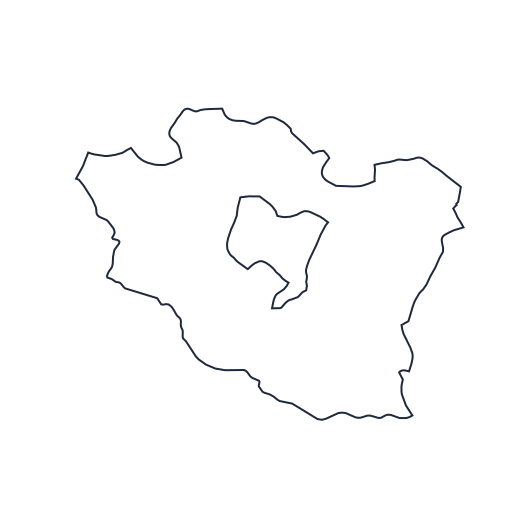 outline of Selenge, rotated 196°
{"feature_id": "MNG-3326", "entity_name": "Selenge", "entity_type": "Province", "adm_level": 1, "iso_a3": "MNG", "parent_name": "Mongolia", "parent_adm1": "", "projection": "mercator", "projection_center": [106.313, 49.491], "detail": "fine", "context": "isolated", "style": "outline", "palette": "slate", "viewbox_px": 512, "rotation_deg": 196, "n_neighbors": 0, "source": "natural_earth", "source_scale": "10m", "svg_char_len": 4306}
<svg xmlns="http://www.w3.org/2000/svg" viewBox="0 0 512 512"><g transform="rotate(196 256 256)"><path d="M151.9,116.2L180.5,124.1L193.4,123.1L195.9,123.8L200.3,125.7L204.9,126.8L209.8,126.8L212.3,127.3L217.3,131.4L217.7,132.4L217.7,133.7L217.8,135.1L218.1,136.2L218.8,136.9L226.1,137.8L228.5,138.9L232.2,141.8L234.1,142.8L236.2,143.1L254.2,137.7L264.2,136.6L274.1,137.8L282.4,140.7L286.3,143.0L299.9,154.8L303.3,156.6L304.2,158.0L305.6,163.3L306.3,164.7L308.2,166.8L308.8,167.8L309.4,169.3L310.2,172.7L311.0,174.2L312.2,175.3L315.0,176.7L316.3,177.6L320.9,182.1L323.4,184.0L326.5,185.3L329.2,185.0L331.6,183.7L333.8,183.4L339.3,188.2L372.9,188.8L374.3,189.5L374.8,189.8L378.2,192.2L380.1,192.9L383.0,192.5L384.1,192.6L388.4,194.1L392.9,194.3L393.8,195.8L393.4,199.5L392.7,201.9L391.9,203.9L391.4,206.1L391.6,209.1L393.2,215.9L393.7,221.2L393.7,223.0L393.1,224.7L391.1,230.1L391.1,231.9L392.2,232.9L394.4,233.2L398.1,232.9L399.3,234.0L398.5,237.1L398.3,239.4L399.3,241.6L400.8,243.4L407.6,248.4L409.5,249.4L417.1,250.4L419.6,251.5L420.9,252.9L421.7,254.7L422.4,256.7L423.3,258.6L428.6,265.1L441.4,276.4L447.3,280.5L450.3,280.7L447.1,294.8L445.8,309.2L442.3,309.0L439.3,309.1L428.7,310.5L425.5,311.5L418.9,314.6L413.1,318.2L411.6,319.6L409.3,322.2L406.0,325.4L397.2,319.1L395.1,318.1L391.7,316.8L389.4,316.2L385.6,315.8L378.9,315.9L376.3,316.3L370.8,317.7L367.9,318.8L361.2,323.6L354.7,330.0L359.5,338.8L360.9,340.7L363.6,343.1L369.4,345.8L371.2,346.9L372.0,347.7L373.1,349.7L373.5,351.9L373.1,355.3L371.1,360.8L369.5,366.5L367.6,371.0L366.2,375.1L365.2,376.9L364.4,377.7L362.5,378.7L360.6,378.9L355.8,378.3L354.0,378.3L352.3,379.0L349.5,381.1L345.6,382.9L340.1,384.8L329.1,388.3L325.2,383.5L323.6,382.2L321.8,381.2L319.6,380.4L316.2,380.0L312.8,380.4L305.6,382.2L303.8,382.4L297.2,382.0L294.2,382.5L292.5,383.4L289.9,385.6L287.6,388.2L283.7,391.8L281.1,393.2L277.8,394.1L274.8,393.9L266.4,392.2L262.9,390.7L257.7,387.9L256.8,385.6L255.0,383.9L240.7,376.9L229.5,370.4L226.6,372.6L224.3,374.1L220.0,375.8L215.3,372.9L213.6,371.4L212.6,370.2L214.5,365.2L216.1,359.5L216.1,356.0L215.5,353.7L215.0,352.6L213.5,350.6L210.5,348.5L207.3,347.4L198.4,345.5L181.5,349.7L175.4,351.8L173.2,352.9L168.7,355.9L162.6,360.7L163.8,364.5L165.4,371.8L167.2,376.3L161.0,379.7L154.6,382.6L149.5,385.5L146.5,387.6L144.6,388.3L139.2,389.3L137.0,389.9L131.1,393.0L128.8,394.6L127.1,395.4L125.1,395.8L122.9,395.7L118.0,394.4L112.0,391.7L105.4,389.9L100.9,388.3L94.4,385.4L78.2,378.9L77.5,373.4L76.6,363.6L77.9,361.2L77.2,360.2L78.2,358.8L79.0,356.9L79.5,356.0L76.0,352.4L72.8,348.5L68.6,344.9L64.4,340.7L73.0,335.2L77.1,331.6L80.2,328.6L81.4,327.0L82.1,325.0L82.0,322.9L81.2,320.8L78.4,315.4L77.4,311.8L79.0,304.9L80.5,294.1L82.8,284.6L84.3,275.3L86.2,269.9L88.6,265.6L90.6,258.0L91.1,255.0L91.4,250.2L91.5,235.4L97.1,229.7L94.8,225.1L92.7,221.8L82.4,210.5L78.8,205.5L77.7,202.7L77.2,199.7L76.9,195.2L77.1,187.3L81.3,187.1L83.2,186.6L84.8,185.7L85.7,184.7L86.3,183.5L80.8,177.7L80.5,172.7L80.1,170.3L78.7,165.6L77.7,163.3L70.7,153.7L61.7,145.8L64.3,143.3L66.9,141.6L73.2,139.8L82.7,140.4L85.8,139.7L87.8,138.3L91.4,134.8L93.7,134.1L102.2,134.1L104.9,133.3L110.5,129.6L112.6,128.8L115.6,128.3L126.2,129.7L128.8,129.4L131.4,128.7L133.7,127.6L143.8,118.9L147.3,116.8L151.9,116.2ZM247.4,252.6L244.4,252.2L239.8,250.6L235.8,248.7L232.1,246.0L227.7,244.0L224.7,241.9L220.7,240.2L217.4,239.4L218.1,236.0L220.0,231.7L225.2,225.5L226.0,224.1L226.3,223.2L226.6,221.2L226.8,218.0L226.2,210.1L218.5,212.5L217.6,213.2L217.2,213.7L214.7,219.1L212.7,222.0L211.3,223.3L210.0,223.9L204.6,227.9L203.9,228.9L201.8,233.2L200.7,234.7L198.3,236.8L198.8,241.3L200.7,245.2L200.9,248.1L201.5,250.8L203.2,253.8L203.8,255.4L204.1,257.0L204.1,257.3L204.2,260.5L203.8,266.5L203.4,269.1L201.0,283.3L199.7,294.4L197.6,304.3L196.0,308.2L201.7,310.4L205.3,311.5L215.1,313.1L217.4,313.3L219.7,313.0L221.8,312.4L222.8,311.8L224.6,310.4L228.2,306.8L233.9,303.2L239.4,301.2L241.7,300.8L246.5,300.4L249.6,304.8L253.9,308.0L257.0,309.7L269.0,314.3L279.5,311.3L287.2,308.1L286.9,297.3L285.6,289.4L286.2,281.9L287.3,274.6L287.7,265.6L287.3,260.3L286.5,257.5L285.4,254.8L284.2,253.2L281.8,250.7L280.2,249.6L276.8,248.2L273.8,246.2L271.0,244.9L260.3,241.1L257.0,246.4L255.0,248.8L251.4,251.8L249.5,252.5L247.4,252.6Z" fill="none" stroke="#1e293b" stroke-width="2"/></g></svg>